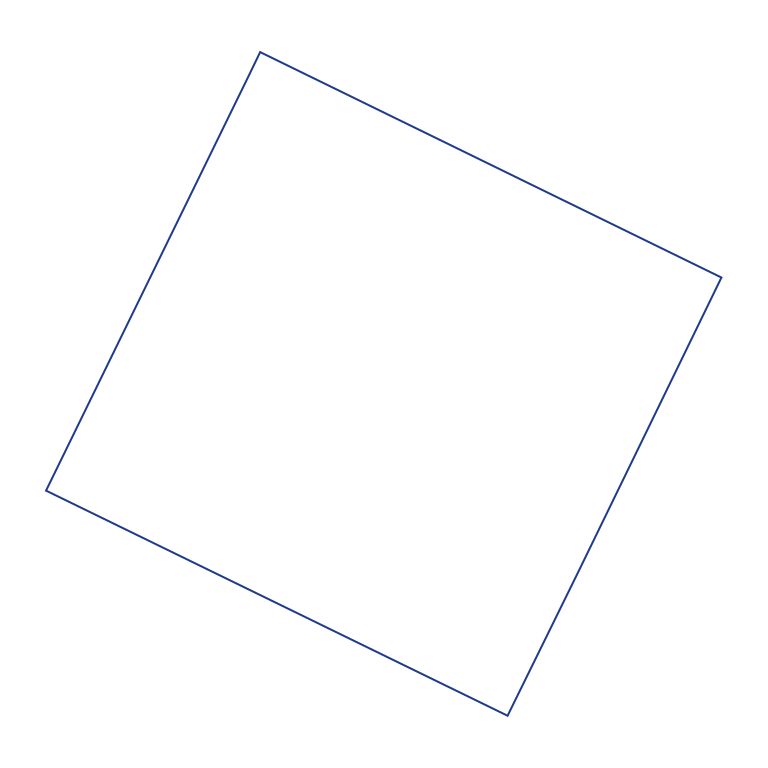 the district of Haskell, Kansas, United States of America, rotated 116°
{"feature_id": "52423323B82156570325304", "entity_name": "Haskell", "entity_type": "district", "adm_level": 2, "iso_a3": "USA", "parent_name": "United States of America", "parent_adm1": "Kansas", "projection": "equal_earth", "projection_center": [-100.898, 37.562], "detail": "fine", "context": "isolated", "style": "outline", "palette": "blue", "viewbox_px": 768, "rotation_deg": 116, "n_neighbors": 0, "source": "geoboundaries", "source_scale": "gbopen_adm2", "svg_char_len": 286}
<svg xmlns="http://www.w3.org/2000/svg" viewBox="0 0 768 768"><g transform="rotate(116 384 384)"><path d="M140.4,127.4L140.1,490.7L140.0,640.8L164.1,640.7L465.5,640.9L628.0,641.0L628.0,512.4L628.0,127.5L465.6,127.0L140.4,127.4Z" fill="none" stroke="#1e3a8a" stroke-width="2"/></g></svg>